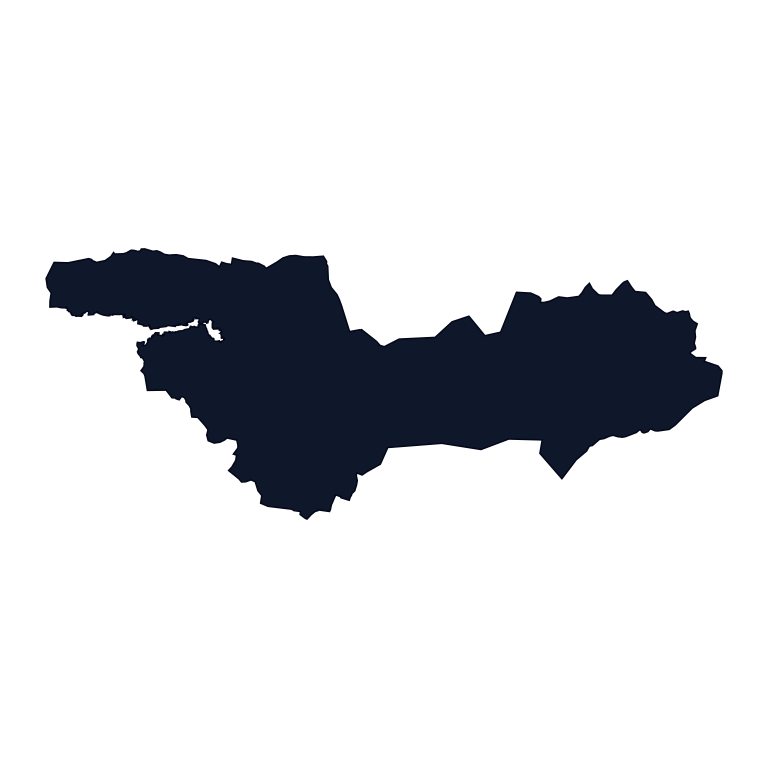 outline of Gaular nor, Sogn og Fjordane, Norway
{"feature_id": "86288312B84255717767611", "entity_name": "Gaular nor", "entity_type": "district", "adm_level": 2, "iso_a3": "NOR", "parent_name": "Norway", "parent_adm1": "Sogn og Fjordane", "projection": "orthographic", "projection_center": [5.75, 61.331], "detail": "fine", "context": "isolated", "style": "filled", "palette": "ink", "viewbox_px": 768, "rotation_deg": 0, "n_neighbors": 0, "source": "geoboundaries", "source_scale": "gbopen_adm2", "svg_char_len": 6080}
<svg xmlns="http://www.w3.org/2000/svg" viewBox="0 0 768 768"><path d="M260.6,503.2L268.0,506.3L291.8,509.2L293.9,510.6L300.5,511.5L300.1,514.5L305.2,518.3L307.0,519.1L311.1,514.7L315.0,511.5L318.0,510.6L318.1,509.9L329.5,511.5L330.4,509.7L331.3,505.1L335.7,494.9L340.7,496.7L340.9,497.7L349.2,500.3L350.3,497.0L351.3,495.6L352.0,493.4L354.7,490.9L356.5,485.1L357.3,480.5L356.2,475.1L357.0,473.0L362.1,475.0L366.8,471.8L380.4,464.1L387.8,447.5L441.8,443.3L481.0,449.5L508.8,439.0L542.2,439.9L539.9,453.4L561.9,478.7L576.2,459.8L586.6,451.0L589.0,446.7L589.8,446.0L592.4,445.5L599.5,439.3L603.9,438.6L610.0,436.0L613.2,435.3L617.8,436.7L622.4,437.2L625.4,436.7L636.3,432.5L639.8,429.6L640.9,430.3L642.2,432.4L644.2,432.9L647.9,431.6L649.8,429.3L650.6,428.9L655.0,430.8L657.8,431.0L669.2,429.4L675.2,425.0L692.3,408.0L704.7,400.4L717.7,395.8L721.9,373.2L721.9,370.7L718.0,366.0L704.2,361.3L705.7,357.7L695.8,357.6L690.5,353.7L690.3,353.2L690.7,351.8L695.5,348.8L695.6,347.5L694.2,343.3L695.5,337.2L695.0,332.3L695.0,330.4L697.3,323.8L693.1,321.3L690.5,318.3L689.8,316.7L689.3,313.7L688.2,311.1L685.6,311.8L682.7,310.9L677.1,312.7L673.2,311.2L666.9,313.6L664.4,312.7L654.9,305.6L651.6,299.5L645.6,292.5L635.0,291.5L631.4,286.9L627.4,280.7L624.3,281.9L622.6,283.2L616.2,289.8L612.1,295.2L601.4,295.2L598.6,294.8L592.4,288.9L589.4,283.3L585.4,287.3L582.0,292.8L578.9,296.4L567.4,298.0L558.7,296.9L549.9,301.1L544.3,302.4L540.5,302.5L540.8,298.8L538.6,296.6L530.8,293.1L516.5,292.3L500.6,332.2L484.9,335.7L468.9,316.2L452.1,321.8L435.1,337.4L399.1,339.1L384.3,346.7L380.0,345.4L376.6,341.5L361.6,329.6L361.1,330.1L359.9,329.7L349.6,331.6L341.5,305.6L339.2,299.4L337.0,294.6L331.2,287.5L328.3,279.8L327.7,266.1L326.4,263.9L326.6,261.5L323.4,256.2L313.1,257.0L303.9,256.9L295.9,255.5L289.4,255.9L283.0,257.9L276.8,262.2L266.3,268.3L265.2,267.5L264.4,266.3L258.5,263.3L256.3,263.2L251.7,261.5L243.1,260.8L232.5,258.1L231.5,264.4L226.7,263.7L221.7,262.2L219.5,266.9L215.6,263.8L206.0,260.5L188.1,258.6L183.3,255.9L176.3,254.7L169.2,255.1L164.4,254.4L160.4,252.1L156.9,250.8L152.9,251.3L144.8,248.9L141.3,249.0L140.5,250.6L139.4,251.2L137.8,251.4L134.1,250.4L131.1,250.2L126.1,253.0L122.9,253.8L115.4,254.0L114.6,253.8L113.6,252.5L110.8,256.6L105.1,260.6L96.6,262.4L92.7,260.7L91.4,259.4L88.7,258.6L68.1,262.8L54.1,262.4L46.1,278.5L47.4,287.4L51.2,293.0L50.0,301.1L49.9,307.1L57.1,306.8L61.0,307.7L65.3,307.9L66.0,307.4L66.0,308.1L67.2,308.5L67.5,309.6L67.3,310.3L68.7,310.8L68.7,311.5L70.5,311.9L70.6,313.0L71.5,313.4L71.3,314.1L71.6,314.8L72.5,315.4L75.7,315.4L75.7,316.1L76.8,316.3L77.5,316.0L81.4,316.3L81.5,315.6L82.5,315.6L83.0,314.2L82.2,314.2L82.3,313.8L83.0,313.9L83.0,313.2L84.8,313.0L85.9,311.7L87.0,311.3L88.5,311.6L88.9,313.0L88.2,314.4L88.3,315.0L93.7,314.5L94.1,313.3L97.0,312.3L97.1,311.6L97.9,312.0L98.1,313.1L102.7,314.9L107.7,315.8L109.8,315.7L109.9,314.6L112.7,315.1L112.7,314.4L119.9,314.5L120.3,314.2L124.6,314.7L125.3,314.9L125.3,315.3L123.1,315.6L123.1,315.9L123.4,316.7L124.1,316.7L123.7,317.4L125.2,317.3L126.2,318.4L132.0,317.7L132.0,317.0L132.5,317.4L132.7,318.1L133.4,318.2L132.6,319.9L133.7,320.0L133.7,320.7L135.8,320.1L135.9,319.3L138.0,319.8L138.1,320.9L137.8,323.7L143.2,325.0L143.5,326.0L146.7,326.1L149.3,325.3L149.9,326.8L149.2,326.7L149.4,327.1L150.1,327.8L150.2,328.6L151.3,328.6L151.2,329.3L153.8,328.5L158.8,328.2L159.2,327.3L166.1,326.5L167.9,325.5L175.1,326.4L175.1,325.7L179.1,325.1L179.1,324.4L180.2,324.8L180.2,324.1L182.7,325.1L186.2,325.6L187.7,325.1L187.7,324.4L187.0,324.4L187.0,323.7L186.3,323.6L187.4,323.0L187.4,322.2L190.0,322.2L193.1,321.0L193.7,319.6L192.9,319.6L193.5,318.9L193.7,317.6L196.2,317.9L195.9,318.6L199.1,318.6L199.3,318.8L199.2,320.6L198.4,321.6L198.6,322.7L200.7,323.7L202.3,323.6L202.7,323.2L202.9,322.2L203.6,322.0L206.8,322.3L206.8,323.1L207.9,322.7L208.1,321.3L209.1,319.2L211.2,319.6L212.1,320.8L212.6,322.2L213.3,322.3L212.3,323.3L212.3,327.6L213.1,327.6L213.0,328.4L213.8,328.4L213.7,329.1L217.0,328.9L217.0,328.2L217.7,328.2L217.7,328.9L218.0,328.9L218.1,328.2L219.5,328.6L219.3,329.7L219.4,330.4L221.6,330.5L221.3,331.6L220.8,332.3L221.5,332.3L221.5,332.7L220.4,333.3L221.1,333.4L220.9,334.4L221.5,335.9L221.3,337.0L222.0,337.0L221.6,338.1L223.0,338.1L223.1,337.4L223.8,337.4L223.7,339.2L224.4,339.3L224.0,340.3L221.6,341.3L221.4,342.4L220.0,342.3L220.0,341.6L219.3,341.6L219.3,340.8L216.4,341.3L213.9,341.0L213.8,339.9L214.0,339.2L213.3,339.1L213.3,338.4L211.2,338.0L211.2,337.3L210.5,337.2L210.5,336.5L209.7,336.1L209.9,335.4L208.6,335.0L208.0,333.5L207.5,331.4L206.8,331.3L207.0,330.6L206.4,328.4L205.7,327.3L205.1,324.8L200.3,324.0L198.5,324.5L198.2,325.9L198.4,327.0L195.9,327.1L194.4,326.5L194.4,327.2L190.5,326.3L189.3,328.8L185.0,329.5L182.4,330.8L178.8,331.0L176.3,332.0L175.2,331.8L174.8,332.8L172.7,331.9L170.5,332.7L170.5,331.9L169.1,331.5L169.1,332.2L168.0,332.4L164.4,332.1L164.2,332.8L164.3,334.6L163.2,334.2L163.2,334.9L162.5,334.8L162.5,335.2L163.6,335.2L163.2,336.0L157.8,335.0L157.9,334.3L158.8,334.0L159.0,332.9L155.4,332.7L155.4,333.8L154.6,333.8L154.6,334.5L152.8,335.2L153.1,335.9L152.4,335.9L152.4,336.6L151.7,336.5L151.6,338.3L149.4,338.2L149.4,339.0L148.0,339.1L147.7,340.3L148.1,340.3L148.2,341.1L147.9,341.2L147.5,342.6L145.7,345.3L143.2,345.6L144.4,342.1L144.1,341.8L142.8,341.8L140.8,342.7L137.4,342.3L137.1,343.4L137.0,345.7L138.6,348.5L138.3,350.9L137.7,351.1L137.5,351.8L138.1,353.5L140.6,356.6L140.8,357.5L141.7,357.5L143.4,358.8L143.4,359.5L144.5,361.1L144.1,363.7L144.3,364.3L143.8,366.8L141.0,370.7L144.0,373.6L145.0,376.1L147.4,390.4L166.1,390.1L172.0,397.8L175.3,397.9L176.1,398.8L179.2,399.8L181.3,396.9L182.6,396.7L184.6,397.8L185.9,400.3L186.2,402.3L189.1,405.3L190.9,408.7L190.9,411.3L191.8,417.0L197.8,417.4L204.9,425.4L207.8,429.4L207.9,430.5L206.7,435.0L208.2,440.7L214.2,443.1L220.0,442.2L224.5,440.0L227.0,438.0L236.8,440.1L237.9,445.0L237.9,448.0L233.4,454.1L236.5,455.1L235.8,460.3L231.9,467.0L228.6,470.5L239.1,479.0L241.5,482.0L245.6,481.8L251.0,479.9L255.2,481.7L258.0,490.8L261.8,495.5L260.6,503.2Z" fill="#0f172a" stroke="#020617" stroke-width="1.5"/></svg>